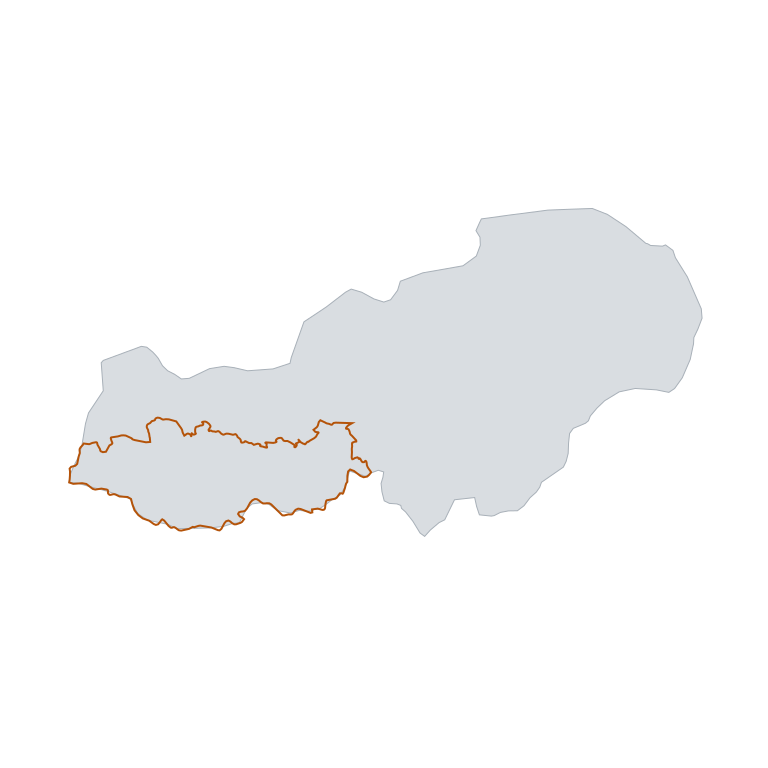 Prešov on a map of Slovakia (orthographic projection), rotated 174°
{"feature_id": "SVK-1058", "entity_name": "Prešov", "entity_type": "Region", "adm_level": 1, "iso_a3": "SVK", "parent_name": "Slovakia", "parent_adm1": "", "projection": "orthographic", "projection_center": [21.049, 49.105], "detail": "fine", "context": "in_parent", "style": "outline", "palette": "amber", "viewbox_px": 768, "rotation_deg": 174, "n_neighbors": 0, "source": "natural_earth", "source_scale": "10m", "svg_char_len": 7918}
<svg xmlns="http://www.w3.org/2000/svg" viewBox="0 0 768 768"><g transform="rotate(174 384 384)"><path d="M707.3,318.9L705.8,326.1L701.3,334.5L695.7,343.1L691.1,353.6L685.0,375.8L680.9,386.1L663.9,406.6L663.0,434.7L660.7,436.8L621.4,446.8L616.1,445.4L610.7,440.0L607.7,436.0L605.8,433.1L602.4,425.3L597.8,419.8L591.1,415.4L585.0,410.2L577.1,410.0L555.9,417.5L541.2,418.3L531.3,415.9L518.3,411.4L492.8,410.6L475.3,414.4L473.5,419.9L457.1,454.2L433.4,466.6L412.7,479.3L406.7,481.8L396.6,477.6L385.2,469.7L375.6,465.5L368.6,467.1L360.7,475.7L357.0,484.5L333.7,490.5L293.1,493.3L278.8,501.6L273.7,511.9L273.2,519.9L276.5,526.9L271.9,534.8L269.9,538.0L241.2,538.9L202.8,539.8L180.0,538.3L158.5,536.8L144.1,529.3L126.9,515.2L108.9,496.5L107.1,495.9L104.4,493.9L92.6,492.0L89.5,492.9L82.7,486.7L81.0,479.1L71.1,458.8L60.6,425.6L60.8,416.2L66.1,405.8L71.0,397.8L72.0,391.4L72.6,389.7L76.9,376.4L86.7,359.0L95.5,349.1L101.6,345.9L113.7,349.7L134.6,353.3L150.9,351.6L166.3,344.3L174.8,337.7L182.1,330.7L184.6,326.0L187.8,323.9L200.4,320.1L204.6,315.4L206.6,306.1L208.1,295.7L210.9,288.1L214.3,282.6L237.7,269.8L239.9,265.1L243.8,260.6L250.7,255.6L257.5,248.3L264.6,244.0L273.5,244.8L281.7,244.1L288.2,241.6L291.0,241.4L302.8,243.9L304.7,252.6L305.7,261.6L326.0,261.5L337.8,242.6L343.7,240.4L353.2,233.9L359.5,228.2L363.7,232.0L369.6,244.4L375.9,254.5L379.6,258.5L380.0,261.5L383.7,263.4L391.1,264.7L396.0,267.8L397.3,277.0L397.3,285.4L394.8,291.4L393.5,296.6L398.7,298.8L406.2,296.9L411.6,294.0L427.4,301.1L433.2,285.8L439.6,278.0L447.8,274.4L455.3,269.7L462.1,266.4L466.8,266.6L468.8,265.2L474.6,265.6L481.4,267.2L490.5,265.5L503.2,269.3L511.1,276.4L518.8,278.8L527.7,278.5L533.7,274.5L542.5,261.0L548.9,261.2L558.8,259.1L572.9,259.1L605.3,261.8L613.5,267.0L633.6,273.4L642.4,280.9L646.3,290.0L648.4,296.3L669.1,305.7L699.9,317.6L707.3,318.9Z" fill="#d9dde1" stroke="#a8b0b8" stroke-width="1"/><path d="M562.8,255.6L564.4,256.0L570.6,259.3L581.6,262.4L583.4,262.3L587.6,261.4L589.2,261.9L593.0,260.3L601.0,259.4L603.1,259.9L604.2,260.7L606.3,262.7L607.5,263.5L608.3,263.6L610.1,263.2L611.2,263.5L613.1,265.4L616.9,271.2L618.7,272.6L619.8,271.8L621.4,269.9L623.3,268.1L625.6,267.7L627.6,268.8L631.8,272.6L637.9,275.5L642.0,279.3L645.3,284.5L646.8,290.6L647.6,296.1L650.8,298.4L658.8,299.8L662.5,302.1L663.8,302.6L664.9,302.7L667.6,302.3L668.6,302.5L669.8,303.9L669.9,305.1L669.6,306.2L669.8,307.3L670.7,308.0L676.0,309.5L682.2,309.2L684.6,310.1L690.5,315.7L694.6,316.9L703.5,317.2L707.4,319.0L706.6,321.9L705.9,325.8L705.4,329.8L705.5,332.7L703.8,334.3L699.5,335.0L697.5,336.6L695.2,343.9L693.8,346.9L693.7,347.8L693.7,350.0L693.5,351.1L692.5,352.6L689.8,355.0L689.0,356.2L683.7,355.0L683.1,355.0L680.2,355.9L676.5,356.2L675.9,356.0L675.5,355.6L675.4,354.7L675.3,353.6L673.5,349.5L673.2,348.7L673.2,348.0L673.1,347.4L672.7,346.7L670.7,345.6L667.6,345.7L663.5,351.6L661.1,352.6L660.4,353.4L660.4,353.8L660.4,354.2L661.0,356.2L661.3,357.8L661.4,358.6L661.2,359.2L661.0,359.3L660.6,359.4L654.1,359.7L650.7,360.3L648.6,360.2L646.2,359.7L641.0,356.6L640.3,356.0L640.3,355.7L640.0,355.4L639.4,355.0L637.8,354.3L626.8,350.9L622.6,350.8L622.5,355.1L622.7,355.8L622.7,356.3L622.8,358.6L622.8,359.2L623.4,361.3L623.4,362.4L623.4,362.9L623.6,363.4L624.2,364.9L624.4,365.6L624.4,366.2L624.3,367.0L623.9,367.9L623.5,368.4L622.8,368.8L620.7,369.6L618.8,371.3L616.2,371.8L615.5,372.2L615.4,372.4L615.2,373.0L614.8,373.5L614.3,373.8L613.7,374.0L612.8,374.2L611.7,374.0L610.4,373.6L608.3,372.1L607.5,371.7L606.6,371.7L604.6,371.8L601.6,371.3L594.5,368.5L591.1,362.5L590.6,361.7L590.0,360.4L589.6,359.4L589.4,357.6L589.3,356.8L588.0,353.5L586.4,354.3L586.1,354.6L585.6,354.9L584.6,355.2L583.8,355.1L582.3,354.3L581.8,353.7L581.5,353.2L581.5,352.7L581.3,352.3L581.1,352.3L580.9,352.6L580.8,353.9L580.6,354.6L580.4,355.0L580.1,354.9L579.7,354.3L578.9,353.7L578.4,353.5L577.9,353.6L576.8,353.9L576.4,354.2L576.3,354.5L576.7,355.2L576.8,355.6L576.8,356.2L576.6,358.4L576.2,359.6L575.9,360.4L575.5,360.8L575.1,361.0L574.7,361.1L572.9,361.3L571.6,361.8L571.1,361.9L569.4,361.9L568.9,362.0L568.4,362.2L568.2,362.5L568.0,362.8L567.9,363.2L567.9,363.6L568.0,363.9L568.2,364.2L568.9,364.8L568.9,365.0L568.5,365.3L567.0,365.4L565.6,365.3L564.4,364.7L562.3,362.8L561.1,360.8L561.0,360.0L561.1,359.6L561.3,359.3L562.0,358.4L562.2,358.1L562.4,357.8L563.1,357.1L563.2,356.9L563.3,356.6L563.1,356.0L563.0,355.7L562.9,355.5L562.5,355.4L561.8,355.7L561.2,355.8L560.6,355.6L559.9,355.0L559.1,354.7L558.0,354.6L556.3,354.0L554.0,354.5L553.3,354.2L552.3,353.3L551.8,352.6L551.2,351.8L550.9,351.5L549.6,350.6L549.1,350.4L548.6,350.4L546.5,351.0L546.0,351.1L543.8,350.8L539.5,349.3L537.9,349.5L537.2,349.7L536.8,349.6L536.3,349.1L535.6,348.1L535.3,347.2L535.3,346.9L535.0,346.4L533.1,344.6L532.6,343.8L532.3,343.0L532.4,342.2L532.3,341.7L532.0,340.8L531.6,340.6L530.9,340.5L529.4,340.7L528.7,341.0L528.3,341.2L528.2,341.4L528.1,341.6L527.6,341.5L524.4,339.4L522.0,339.1L519.8,337.1L516.2,337.8L515.7,337.8L515.0,337.6L513.7,337.0L513.3,336.5L513.3,336.1L513.7,335.6L513.6,335.3L513.0,334.9L511.3,334.5L508.6,333.3L507.3,333.0L507.0,333.1L506.9,333.5L507.0,333.9L507.3,334.5L507.3,334.9L507.2,335.4L507.1,336.1L507.0,336.8L507.2,337.0L507.4,337.2L508.1,337.8L508.1,338.0L507.9,338.1L507.5,338.3L500.4,337.0L498.3,337.2L497.6,337.4L497.1,337.6L497.0,337.8L497.0,338.1L497.1,338.4L497.4,339.0L497.4,339.3L496.8,340.1L496.5,340.3L496.0,340.6L494.8,341.2L493.4,341.3L492.1,341.2L491.4,340.9L490.0,338.6L489.8,338.2L489.2,337.9L488.3,337.6L485.9,337.4L483.2,335.7L480.3,333.4L479.7,332.8L479.4,332.3L479.7,331.1L479.6,330.6L479.0,330.4L478.5,330.6L477.6,331.5L477.3,332.0L477.1,332.6L477.7,333.6L477.8,334.0L477.3,334.2L474.7,335.1L474.4,335.2L474.3,335.5L474.3,335.9L474.5,336.8L474.7,337.2L474.9,337.5L475.2,337.8L475.3,338.0L475.1,337.8L474.7,337.4L472.9,334.8L470.4,333.0L469.5,332.8L469.4,332.6L469.1,332.4L468.9,332.3L468.4,332.5L466.6,334.2L466.1,334.5L465.7,334.5L465.5,334.4L465.2,334.4L464.9,334.6L464.1,335.2L459.1,337.4L457.6,338.4L457.0,338.9L455.6,341.0L454.3,342.2L454.2,342.6L454.5,342.9L455.8,343.1L457.3,343.6L458.9,345.8L455.6,347.9L454.9,348.5L454.1,349.7L452.8,353.0L451.1,354.6L446.5,351.8L445.7,351.2L445.0,350.8L442.8,350.1L440.8,349.0L440.0,349.0L438.2,350.5L436.1,350.6L419.8,348.4L423.7,346.7L424.9,345.8L426.2,344.5L426.4,343.8L426.2,343.4L424.9,343.2L424.4,342.9L424.0,342.6L423.8,342.1L423.5,341.4L423.1,339.7L423.0,338.2L422.6,337.4L422.1,336.7L421.4,336.0L417.6,330.9L417.5,330.1L417.6,329.7L418.0,329.6L418.8,329.7L419.4,329.7L420.7,329.1L421.4,329.1L421.9,328.6L422.1,327.6L422.2,325.4L422.8,322.9L422.9,321.5L423.0,319.6L423.8,314.5L423.7,313.2L423.4,312.5L422.8,312.5L422.2,312.7L420.7,313.4L418.4,313.8L418.0,313.8L417.6,313.4L417.3,313.0L417.0,312.3L416.6,312.1L416.4,312.3L416.0,312.6L415.7,312.4L415.3,311.8L414.6,310.1L414.1,309.1L413.4,308.5L412.7,308.4L411.9,308.4L411.4,308.7L411.0,309.1L410.8,309.4L410.5,309.5L410.1,309.3L409.6,308.3L409.5,307.2L409.5,305.1L409.1,303.5L408.5,302.1L406.2,298.0L406.1,297.5L408.3,295.2L410.4,293.7L414.0,293.4L417.1,295.1L422.9,300.6L426.6,302.5L428.8,300.8L430.0,296.5L430.7,290.5L432.1,288.9L432.9,287.0L433.6,284.9L435.8,280.1L436.5,279.3L436.7,279.5L439.2,279.9L440.3,278.8L442.8,275.9L444.5,275.0L453.2,274.3L453.8,273.6L454.6,271.2L455.2,268.7L455.5,267.1L455.9,266.1L457.0,265.2L458.4,265.2L462.9,267.0L468.7,266.8L468.7,263.8L470.5,263.5L480.0,268.4L482.4,269.0L485.1,268.1L486.4,266.9L488.2,264.7L489.3,264.0L490.3,264.0L492.8,264.3L497.0,263.7L498.8,264.0L508.7,276.0L510.5,277.3L513.0,277.7L514.9,277.6L516.7,277.8L518.8,279.4L520.6,281.3L522.4,282.7L524.5,283.1L527.1,282.1L529.5,280.0L533.2,274.6L535.5,272.4L537.3,272.0L539.7,272.0L541.7,271.5L542.7,270.0L541.3,267.4L538.7,265.8L537.3,264.2L539.6,261.7L541.3,260.9L545.9,259.9L547.6,260.1L549.6,261.5L551.2,263.3L553.0,264.5L555.4,264.0L557.3,262.2L560.8,257.0L562.8,255.6Z" fill="none" stroke="#b45309" stroke-width="2"/></g></svg>